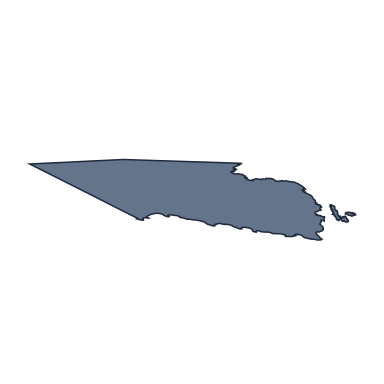 the district of Vardø nor, Finnmark, Norway, rotated 14°
{"feature_id": "86288312B8683339582307", "entity_name": "Vardø nor", "entity_type": "district", "adm_level": 2, "iso_a3": "NOR", "parent_name": "Norway", "parent_adm1": "Finnmark", "projection": "equal_earth", "projection_center": [30.933, 70.337], "detail": "fine", "context": "isolated", "style": "filled", "palette": "slate", "viewbox_px": 384, "rotation_deg": 14, "n_neighbors": 0, "source": "geoboundaries", "source_scale": "gbopen_adm2", "svg_char_len": 6002}
<svg xmlns="http://www.w3.org/2000/svg" viewBox="0 0 384 384"><g transform="rotate(14 192 192)"><path d="M144.8,231.4L146.7,231.4L147.9,231.6L151.5,231.3L151.7,231.1L151.5,230.4L150.7,230.2L150.9,229.7L150.7,229.4L151.1,229.0L151.4,228.7L154.0,228.0L155.4,228.0L156.3,227.7L156.0,227.6L154.4,227.5L154.1,227.2L154.3,227.1L154.1,226.9L154.0,226.6L158.1,223.3L161.9,221.5L164.7,220.8L168.1,220.6L168.7,220.9L169.7,221.1L170.5,221.5L172.9,221.9L174.8,221.8L175.5,221.5L175.4,221.3L175.7,221.1L175.2,220.7L174.6,220.4L176.0,219.6L177.2,219.3L180.0,218.9L181.0,218.9L183.3,218.6L184.6,218.6L185.9,218.9L185.7,219.1L186.8,219.6L188.6,219.4L191.1,219.3L191.5,219.5L194.0,219.6L195.9,219.1L197.3,218.9L200.7,218.7L201.2,218.4L202.6,218.2L205.0,218.2L206.4,217.9L211.3,218.2L214.6,219.5L217.4,219.6L218.6,219.8L220.3,219.7L221.1,219.8L222.2,219.4L221.9,218.9L221.8,218.5L223.3,217.7L222.8,217.4L224.8,216.4L227.6,215.6L228.6,215.8L230.4,215.7L231.9,215.5L231.9,215.2L236.6,214.7L238.7,214.9L239.7,215.3L240.5,215.3L241.5,215.7L243.5,215.7L245.6,216.1L247.5,216.3L248.4,216.0L248.5,215.5L249.1,215.4L248.6,215.1L248.6,214.8L249.6,214.1L250.5,213.7L253.1,213.3L255.5,213.2L258.2,213.3L259.1,213.7L259.8,214.2L260.1,215.1L260.5,215.3L262.4,215.6L263.2,215.3L263.7,215.5L264.3,215.3L264.2,214.8L263.9,214.7L264.4,214.5L264.4,213.9L265.8,213.4L267.7,213.6L268.0,213.9L269.2,213.6L270.0,213.7L276.3,212.4L278.7,212.4L279.7,212.7L279.7,212.8L280.2,212.8L281.8,212.5L282.0,212.4L283.7,212.2L284.3,211.9L287.3,211.4L288.2,211.1L289.9,211.0L292.8,211.1L293.2,211.5L292.9,211.5L292.7,211.8L293.6,212.1L293.4,212.3L293.5,212.4L295.1,212.2L297.1,211.5L296.5,211.8L299.0,211.3L301.2,210.4L300.3,210.5L301.8,210.1L302.5,209.6L303.0,209.4L302.7,209.2L301.6,209.2L301.7,208.9L302.2,208.5L303.7,208.1L303.3,207.9L303.3,207.7L304.2,207.5L306.3,207.4L309.4,207.6L309.9,207.9L310.1,208.2L311.3,208.8L312.8,209.1L319.4,208.9L320.8,208.4L325.7,208.2L328.7,207.3L329.6,206.3L327.1,205.5L326.9,204.9L323.2,203.0L322.2,201.6L322.5,200.9L323.1,200.4L324.9,200.1L328.1,197.7L327.7,196.7L328.4,196.4L328.3,195.6L327.6,195.2L327.5,194.2L323.7,192.1L324.6,190.2L324.5,188.6L324.2,188.3L325.6,188.0L326.1,188.0L326.5,188.2L326.9,188.1L327.3,188.1L327.0,187.6L326.6,185.7L326.8,184.7L326.5,184.0L326.3,184.1L325.6,184.1L325.6,184.3L324.7,184.5L323.1,184.3L323.1,183.9L320.5,183.9L321.0,184.2L319.7,184.4L318.6,184.4L318.3,184.3L318.7,183.9L318.9,183.9L319.3,183.4L319.1,183.5L318.1,183.4L318.4,183.3L317.1,183.4L316.5,183.2L316.4,183.0L316.4,181.9L316.7,181.3L317.3,181.0L318.6,180.6L319.1,179.8L320.0,178.9L321.3,178.8L321.1,178.2L321.0,177.9L321.2,177.7L320.3,177.4L320.0,176.0L320.4,175.6L320.9,175.7L321.0,175.6L320.8,175.6L321.0,175.5L321.0,175.3L320.5,175.3L320.5,175.0L319.9,174.1L319.6,174.1L319.8,174.0L319.1,173.7L318.5,173.7L318.6,174.0L318.3,174.0L317.9,173.9L317.2,173.9L317.3,173.7L316.8,173.4L316.3,173.6L315.9,173.8L314.9,173.6L314.5,173.3L314.8,172.9L314.6,172.6L315.1,172.3L313.7,171.7L313.7,170.5L310.4,168.5L309.6,167.3L307.8,166.4L301.7,165.4L301.7,165.1L303.0,164.6L299.9,164.7L300.0,164.2L298.6,163.7L300.3,163.1L299.3,162.4L299.3,161.8L301.1,161.7L299.7,160.7L295.8,159.1L294.4,159.0L293.4,158.4L287.9,157.6L286.9,158.1L279.9,158.5L278.5,159.3L277.2,159.2L276.2,159.3L276.2,159.7L273.4,160.4L272.8,160.9L272.2,161.1L270.9,161.0L271.0,160.9L270.3,160.8L267.5,159.9L265.8,159.7L265.6,159.9L266.0,159.9L265.7,160.1L263.7,160.0L262.8,160.5L260.4,160.9L260.1,161.9L257.8,162.1L257.1,162.7L255.8,162.8L255.4,163.1L255.5,163.3L250.8,163.6L249.5,164.9L248.5,165.0L247.6,165.6L248.1,166.3L247.6,166.5L243.5,166.6L242.7,166.5L242.7,166.4L241.5,166.2L240.3,165.8L239.9,165.4L240.0,165.2L241.7,164.8L240.9,164.4L239.4,164.4L239.3,164.1L239.8,164.1L239.7,163.6L237.1,163.4L236.9,162.7L233.4,163.3L231.8,163.1L229.8,164.1L229.3,164.2L227.2,163.8L226.4,163.9L225.0,162.9L226.2,162.4L227.7,161.9L227.4,161.7L227.7,161.3L227.5,161.2L228.5,160.7L228.2,160.2L227.9,160.1L228.7,159.8L229.1,159.8L229.4,159.6L228.3,159.2L228.5,159.0L227.6,158.8L226.6,158.9L226.2,158.7L226.7,158.4L226.8,157.6L229.4,155.8L229.1,155.3L228.8,155.4L229.3,155.2L228.7,155.1L229.2,155.1L231.1,154.5L230.1,153.9L231.3,153.8L231.7,153.1L232.9,152.9L233.1,152.5L232.2,152.4L117.4,177.1L27.7,204.1L90.4,218.2L127.9,226.8L145.4,230.7L144.8,231.4ZM330.3,170.8L329.3,171.0L329.1,171.3L329.2,171.9L329.9,172.2L329.6,172.3L330.0,172.8L331.3,172.8L330.3,173.0L330.5,173.1L330.6,173.5L330.4,173.7L330.7,173.8L330.7,174.2L331.3,174.4L331.2,174.5L332.1,175.1L331.6,175.2L331.4,175.4L331.7,175.6L332.2,176.3L332.6,176.2L332.6,176.4L333.5,177.3L334.0,177.3L334.0,177.8L334.3,178.2L334.1,178.2L333.8,179.0L333.6,179.7L334.5,179.7L336.4,180.3L336.7,180.8L335.4,180.8L336.6,180.9L336.9,181.1L337.3,181.2L337.9,181.7L337.8,182.1L338.0,182.4L339.0,182.9L338.9,183.8L340.2,183.9L340.5,184.1L340.5,183.8L341.3,183.6L341.7,183.8L341.9,183.6L342.0,182.6L343.0,182.0L343.3,182.0L343.2,182.4L344.2,183.5L345.3,184.0L345.5,183.8L346.3,183.6L346.4,183.2L346.8,183.2L347.2,183.7L348.7,183.9L350.1,183.5L350.6,183.0L350.7,182.8L350.5,182.7L350.4,182.4L350.6,182.1L350.0,181.2L349.3,181.1L349.2,181.0L349.4,180.8L348.1,180.1L347.8,179.4L346.7,178.5L346.2,178.4L345.6,178.9L345.3,179.4L345.1,179.5L343.2,179.6L344.3,179.7L344.7,179.8L344.4,179.9L344.2,180.3L344.3,180.4L344.2,180.5L343.9,180.5L343.5,181.0L343.5,181.3L343.3,181.4L343.5,181.4L343.4,181.7L342.4,181.6L342.7,181.5L342.7,181.2L342.0,181.2L341.7,180.9L342.2,180.7L342.0,180.2L341.9,180.2L342.0,180.4L341.2,180.4L340.8,179.7L342.5,179.6L341.0,179.6L340.6,179.9L340.2,179.9L339.5,179.5L339.0,178.2L338.2,177.8L338.3,176.9L337.2,174.9L335.2,175.0L333.9,171.5L330.3,170.8ZM355.3,173.6L355.2,173.4L352.8,173.3L351.8,173.7L351.7,173.6L350.2,173.5L348.8,173.8L348.4,174.0L346.6,174.4L345.9,175.7L345.9,175.9L346.1,176.1L349.5,176.5L350.2,176.7L350.7,176.4L351.4,176.3L351.7,176.5L352.6,176.8L353.5,176.5L354.5,175.6L356.3,174.6L355.7,174.0L355.1,174.1L354.4,174.1L355.3,173.6Z" fill="#64748b" stroke="#1e293b" stroke-width="1.5"/></g></svg>